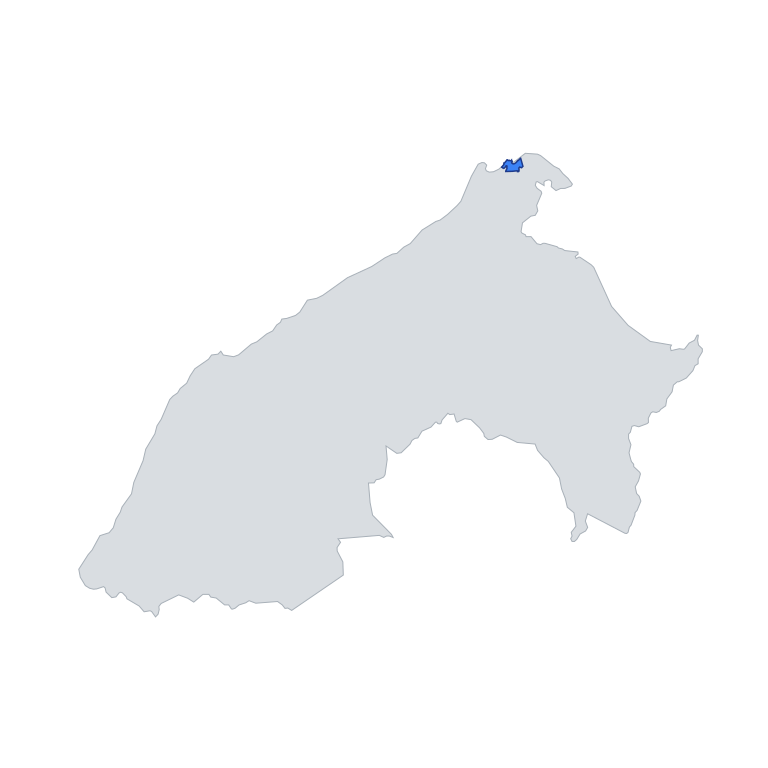 location of Paita, Piura, Peru, rotated 85°
{"feature_id": "86281439B31634859634019", "entity_name": "Paita", "entity_type": "district", "adm_level": 2, "iso_a3": "PER", "parent_name": "Peru", "parent_adm1": "Piura", "projection": "mercator", "projection_center": [-81.063, -5.08], "detail": "fine", "context": "in_parent", "style": "filled", "palette": "blue", "viewbox_px": 768, "rotation_deg": 85, "n_neighbors": 0, "source": "geoboundaries", "source_scale": "gbopen_adm2", "svg_char_len": 6413}
<svg xmlns="http://www.w3.org/2000/svg" viewBox="0 0 768 768"><g transform="rotate(85 384 384)"><path d="M557.5,208.1L557.2,210.4L554.4,211.5L551.9,209.9L548.1,210.4L542.4,205.2L528.8,206.0L522.8,212.1L513.8,213.4L504.0,216.2L492.9,217.4L475.4,227.1L471.4,231.1L463.5,236.8L457.0,238.7L453.8,256.4L447.5,266.7L445.0,272.4L448.5,281.0L448.4,285.2L444.9,288.6L441.9,288.9L436.0,292.6L427.1,300.4L425.5,306.4L428.4,314.4L427.4,315.3L420.0,316.8L420.2,321.2L418.7,322.9L424.9,329.3L428.4,330.8L428.6,332.4L428.0,334.0L426.6,334.7L426.5,336.1L431.0,340.9L434.3,350.3L440.7,355.0L440.9,358.0L442.7,361.1L446.2,363.3L454.0,372.9L454.2,377.3L445.9,387.4L459.5,387.4L474.5,390.9L476.6,392.5L478.4,397.1L478.6,400.1L481.6,402.5L481.3,408.1L501.0,408.2L513.7,406.8L534.4,389.7L537.7,388.3L535.9,392.0L535.7,394.7L536.8,397.6L534.4,401.8L534.2,443.3L537.9,441.1L542.8,445.0L546.3,445.2L557.6,440.5L570.8,441.2L601.5,495.7L598.8,499.4L598.9,502.2L595.2,504.6L591.4,509.0L591.2,530.8L588.1,537.3L589.9,540.8L591.5,547.7L594.4,551.9L595.1,554.6L594.8,555.6L590.5,558.0L590.2,562.0L582.6,569.8L581.2,575.1L578.3,576.8L577.8,582.8L584.7,592.5L580.3,598.3L576.2,606.9L583.2,625.1L586.0,627.7L589.1,627.6L593.6,629.1L596.1,631.9L590.4,635.3L589.5,636.8L590.0,642.8L583.8,647.3L575.6,658.8L573.4,659.4L569.2,662.8L568.5,664.6L569.1,666.2L572.7,669.6L573.1,673.8L567.1,679.0L562.9,679.6L561.4,681.0L563.1,688.1L563.1,691.3L561.8,695.1L558.8,699.1L550.0,703.4L541.9,704.2L528.2,693.6L523.9,689.2L510.3,680.2L508.2,670.8L503.6,666.2L495.3,662.8L488.7,657.9L483.7,655.7L471.4,645.1L460.2,641.8L439.4,630.7L428.1,627.0L413.7,616.6L405.9,613.8L399.7,609.0L380.8,598.8L377.8,595.5L374.9,590.4L370.7,587.4L366.0,580.5L359.0,576.4L352.3,571.1L344.0,556.6L340.1,553.3L339.8,546.8L337.1,543.7L341.1,541.6L343.7,531.4L342.3,526.3L332.7,512.7L330.9,507.0L323.9,496.5L321.4,490.3L315.8,485.7L313.5,481.8L310.4,480.1L310.2,475.3L308.0,466.2L305.0,461.6L293.8,453.0L292.8,443.7L290.3,437.2L274.9,411.1L265.9,386.0L258.4,372.1L255.3,364.1L255.0,359.8L249.4,352.4L246.4,345.6L233.9,332.6L226.6,318.2L225.6,313.9L220.7,306.0L212.6,295.6L208.7,291.5L184.6,278.8L173.2,271.0L171.9,267.1L172.4,264.7L174.9,262.6L178.4,264.2L180.5,263.5L182.1,260.7L182.1,256.4L180.0,250.9L172.3,240.3L174.4,235.5L166.5,223.1L168.4,211.1L170.1,208.1L181.8,195.9L185.0,190.7L190.0,187.5L195.2,182.7L201.3,178.9L203.1,180.2L204.9,186.7L204.6,191.0L206.3,195.8L202.0,200.2L197.4,199.3L195.6,200.4L194.9,202.4L195.7,205.7L196.9,207.1L200.3,207.2L195.7,213.6L196.0,214.8L199.3,216.0L202.4,214.4L205.7,210.7L207.7,210.2L219.4,216.4L224.9,215.7L229.1,218.6L229.6,223.1L235.5,232.0L244.2,234.2L245.7,233.4L247.7,230.1L249.6,229.6L250.0,224.7L257.6,219.4L258.8,215.8L257.7,213.3L257.9,211.3L262.3,199.6L263.7,198.4L265.0,194.6L266.8,192.3L269.4,179.3L271.5,179.3L273.5,182.4L275.8,181.6L274.5,178.7L274.9,177.6L283.3,167.2L286.0,164.9L326.6,150.5L346.9,135.7L364.8,115.0L370.3,94.2L372.4,95.6L375.8,95.1L374.6,86.7L375.5,82.7L375.3,81.5L369.8,76.4L367.5,70.9L362.6,67.8L362.8,66.6L368.0,67.8L372.7,67.3L376.7,63.8L379.6,64.1L386.3,68.9L391.2,69.3L392.8,72.6L397.6,75.1L404.4,82.3L407.5,90.2L407.3,91.6L410.3,95.8L416.9,97.7L423.5,103.5L430.3,105.3L433.4,110.6L435.2,112.2L436.1,115.2L435.1,118.7L436.1,120.6L441.1,123.7L445.4,123.9L446.4,125.3L448.8,133.9L447.2,138.3L447.8,140.7L453.5,142.8L455.2,144.7L459.6,145.1L466.0,143.3L473.9,145.9L480.0,144.9L482.8,144.3L485.7,142.3L488.1,142.4L494.3,136.9L496.0,136.4L502.7,138.9L508.3,142.7L515.1,141.9L518.0,139.6L523.0,138.3L532.0,142.9L534.0,145.1L536.5,145.5L546.2,150.2L547.9,152.0L553.0,153.8L554.1,155.3L553.7,157.0L531.0,192.5L538.1,195.4L544.6,193.6L548.0,196.0L550.5,201.7L555.7,205.6L557.5,208.1Z" fill="#d9dde1" stroke="#a8b0b8" stroke-width="1"/><path d="M182.9,244.2L183.3,237.7L183.2,232.8L183.3,232.7L183.5,232.6L183.8,232.5L184.0,232.5L184.0,232.4L184.1,232.2L184.1,231.9L184.1,231.7L184.1,231.4L184.0,231.2L183.8,231.1L183.7,231.1L183.3,231.3L183.2,231.4L183.0,231.2L183.0,230.9L182.9,230.9L182.8,231.0L182.7,231.0L182.5,230.9L182.4,230.8L182.2,230.8L181.9,230.8L181.7,230.8L181.2,230.9L180.9,230.8L180.7,230.8L180.5,230.7L180.4,230.7L180.2,230.5L180.2,230.4L180.3,230.3L180.2,230.1L180.2,229.9L180.2,230.0L179.9,230.0L179.8,229.9L179.7,229.8L180.1,229.2L180.1,228.9L180.2,228.7L180.4,228.5L180.4,228.3L180.5,228.2L180.4,228.0L180.4,227.9L179.2,226.6L178.9,226.7L170.9,228.2L170.9,228.3L171.3,228.7L171.5,229.0L171.9,229.4L172.0,229.5L172.3,229.9L172.5,230.1L172.8,230.5L172.9,230.8L173.0,230.8L173.0,231.0L173.2,231.3L173.3,231.4L173.3,231.5L173.5,231.7L173.6,231.8L173.9,232.1L174.0,232.1L174.3,232.5L174.7,232.9L175.1,233.4L175.3,233.7L175.4,233.9L175.6,234.2L175.7,234.5L175.8,234.7L175.8,234.8L175.9,235.0L176.0,235.6L176.0,235.9L176.0,236.1L175.9,236.2L175.9,236.3L175.7,236.5L175.6,236.8L175.4,237.0L175.4,236.9L175.3,237.0L175.2,237.1L175.1,237.3L174.9,237.3L174.7,237.3L174.4,237.4L174.2,237.4L174.0,237.2L173.9,237.1L173.7,236.9L173.4,237.0L173.2,237.2L172.9,237.2L172.7,237.1L172.4,237.3L172.3,237.5L172.2,237.5L172.3,237.6L172.4,237.8L172.5,237.9L172.5,238.0L172.6,238.3L172.6,238.5L172.6,238.8L172.3,239.0L172.2,239.1L171.9,239.1L172.0,239.1L172.0,239.3L172.1,239.5L172.3,239.9L172.3,240.0L172.3,240.3L172.2,240.5L172.2,240.8L172.0,241.0L171.9,241.1L171.7,241.1L171.6,241.3L171.5,241.5L171.4,241.6L171.4,241.8L171.5,241.9L171.5,242.0L171.8,242.2L171.8,242.3L172.0,242.4L172.1,242.5L172.3,242.7L172.4,242.8L172.6,243.0L172.8,243.1L172.9,243.3L173.0,243.4L173.0,243.5L173.0,243.4L173.1,243.5L173.3,243.6L173.6,243.9L173.6,244.0L173.8,244.2L173.8,244.4L173.7,244.4L173.8,244.4L173.9,244.5L174.0,244.6L174.2,244.8L174.2,245.0L174.3,245.2L174.3,245.3L174.5,245.4L174.8,245.3L174.9,245.2L175.0,245.2L175.2,245.3L175.3,245.3L175.6,245.5L175.8,245.5L176.1,245.8L176.3,245.9L176.7,246.3L176.9,246.5L177.0,246.6L177.2,246.8L177.5,247.1L177.7,247.3L177.9,247.5L178.0,247.5L178.2,247.9L178.3,247.9L178.5,247.5L178.5,247.4L179.0,246.7L179.4,246.6L179.5,246.5L179.4,246.4L179.4,246.0L179.4,245.6L179.4,245.2L178.3,244.1L177.5,243.7L177.3,242.9L177.3,242.7L177.5,242.6L177.9,242.5L178.0,242.6L178.4,242.6L178.5,242.7L178.8,242.7L178.9,242.8L179.1,242.8L179.4,242.8L179.4,242.7L179.5,242.7L180.0,242.7L180.5,242.9L180.7,243.0L180.8,243.1L181.0,243.3L181.3,243.5L181.5,243.6L181.8,243.7L181.9,243.8L182.0,243.9L182.2,244.0L182.4,244.1L182.6,244.2L182.9,244.2Z" fill="#3b82f6" stroke="#1e3a8a" stroke-width="1.5"/></g></svg>